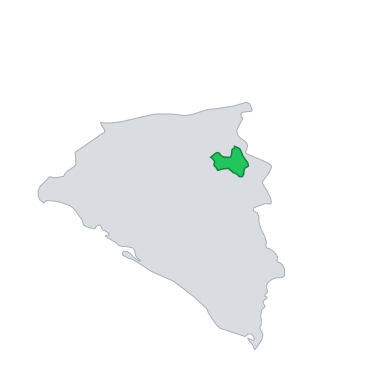 Nicaragua, with Estelí highlighted, rotated 120°
{"feature_id": "NIC-664", "entity_name": "Estelí", "entity_type": "Department", "adm_level": 1, "iso_a3": "NIC", "parent_name": "Nicaragua", "parent_adm1": "", "projection": "equal_earth", "projection_center": [-86.387, 13.143], "detail": "fine", "context": "in_parent", "style": "filled", "palette": "green", "viewbox_px": 384, "rotation_deg": 120, "n_neighbors": 0, "source": "natural_earth", "source_scale": "10m", "svg_char_len": 3139}
<svg xmlns="http://www.w3.org/2000/svg" viewBox="0 0 384 384"><g transform="rotate(120 192 192)"><path d="M297.2,58.6L295.9,60.9L294.5,62.4L291.5,69.8L290.5,70.5L290.3,65.0L288.5,64.3L286.4,66.2L285.3,69.1L287.1,72.8L288.7,72.8L290.6,73.8L296.0,99.5L294.9,104.0L291.7,111.2L288.6,117.2L285.6,121.0L281.9,137.2L278.5,163.5L281.1,187.2L279.9,209.0L281.1,214.2L281.4,220.6L278.9,221.8L277.4,221.6L276.0,217.7L276.1,214.2L277.6,210.1L278.2,204.6L277.5,201.7L276.0,208.0L273.4,210.8L271.7,211.8L270.0,215.0L271.8,221.0L274.1,225.4L274.9,228.5L274.0,232.3L273.6,245.1L272.8,244.7L271.9,243.0L269.5,242.9L269.2,248.0L269.4,250.9L267.4,253.1L266.6,255.3L268.3,256.9L270.2,257.9L272.5,257.6L274.4,264.0L275.0,269.2L270.6,273.9L269.2,277.9L266.7,282.6L265.3,287.3L264.9,290.7L266.7,301.4L269.7,309.0L272.2,313.8L275.6,314.9L274.8,320.0L272.3,323.2L267.7,325.9L262.6,326.4L254.3,323.8L250.9,323.5L249.6,322.2L249.2,319.7L246.8,315.9L242.5,310.9L239.9,311.3L235.8,310.2L229.0,306.8L225.9,306.4L221.4,309.3L216.1,313.1L203.5,307.1L194.6,302.9L186.6,299.2L184.5,297.7L182.7,298.0L181.2,300.0L179.5,303.5L178.9,304.5L178.0,305.5L177.0,305.7L176.9,304.1L173.0,297.1L166.8,288.8L143.0,263.1L134.2,247.8L129.6,236.7L125.1,231.0L112.3,219.2L109.3,214.6L96.6,198.9L87.0,189.7L86.8,185.8L90.8,180.9L92.8,181.1L94.9,184.6L98.3,188.6L99.9,188.6L102.3,186.8L102.4,184.9L115.4,184.2L117.7,183.1L120.1,180.3L121.3,176.2L121.5,172.3L122.0,169.6L124.1,166.9L127.9,166.0L130.8,165.7L131.7,163.9L130.8,158.0L129.2,143.7L128.9,139.7L129.5,136.7L130.6,135.6L136.4,134.9L147.3,136.1L149.4,135.2L153.8,127.1L157.8,121.1L160.7,118.5L163.0,117.7L165.6,123.0L174.8,130.6L176.4,130.1L177.3,129.7L177.6,128.6L177.4,125.1L179.7,121.9L184.5,119.0L189.3,114.0L194.1,106.8L198.2,102.5L201.8,101.2L203.1,99.3L202.3,96.6L202.5,92.8L203.9,87.9L206.0,85.0L208.7,84.2L209.7,82.7L209.2,80.4L209.7,77.8L212.1,73.6L217.9,70.0L221.2,71.2L224.0,76.1L227.9,79.3L233.0,81.1L236.9,80.4L239.7,77.4L242.2,76.5L244.4,77.7L245.6,77.0L245.7,74.5L246.9,73.9L249.0,75.3L251.0,75.6L252.7,75.0L253.3,73.7L253.7,72.5L254.9,71.5L259.3,72.5L264.2,71.0L269.6,67.1L273.2,65.4L274.9,65.9L277.1,63.9L279.5,59.6L285.2,57.6L297.2,58.6Z" fill="#d9dde1" stroke="#a8b0b8" stroke-width="1"/><path d="M160.3,180.7L158.5,183.8L158.2,185.5L158.1,185.8L157.9,186.1L157.5,186.5L156.9,186.8L155.7,187.1L155.1,187.4L154.1,188.1L153.7,188.6L153.6,188.9L152.8,190.9L152.6,193.2L146.9,191.0L145.3,189.9L144.8,188.8L144.8,188.3L144.9,187.6L145.9,185.2L146.0,183.2L145.7,181.6L145.4,181.1L144.9,180.2L143.7,177.5L142.9,176.4L142.5,176.2L142.0,176.0L139.3,176.7L136.3,178.1L135.3,178.4L134.8,178.4L133.8,177.8L133.1,177.5L132.5,177.5L132.0,177.5L131.2,178.0L130.7,174.2L130.8,172.3L131.0,171.7L131.5,171.0L135.4,165.8L136.3,164.2L136.7,163.1L138.6,158.7L140.5,156.6L141.7,156.3L142.2,156.5L142.9,157.0L144.9,158.2L146.9,157.8L150.4,156.3L153.0,156.1L153.9,156.5L154.1,156.9L154.6,158.2L155.0,159.1L154.6,160.0L154.3,161.0L154.2,162.1L154.1,163.4L154.6,166.1L153.9,168.7L154.0,169.5L153.9,170.5L153.3,171.7L153.6,172.6L154.0,173.3L157.5,177.9L159.5,179.5L160.3,180.7Z" fill="#22c55e" stroke="#15803d" stroke-width="1.5"/></g></svg>